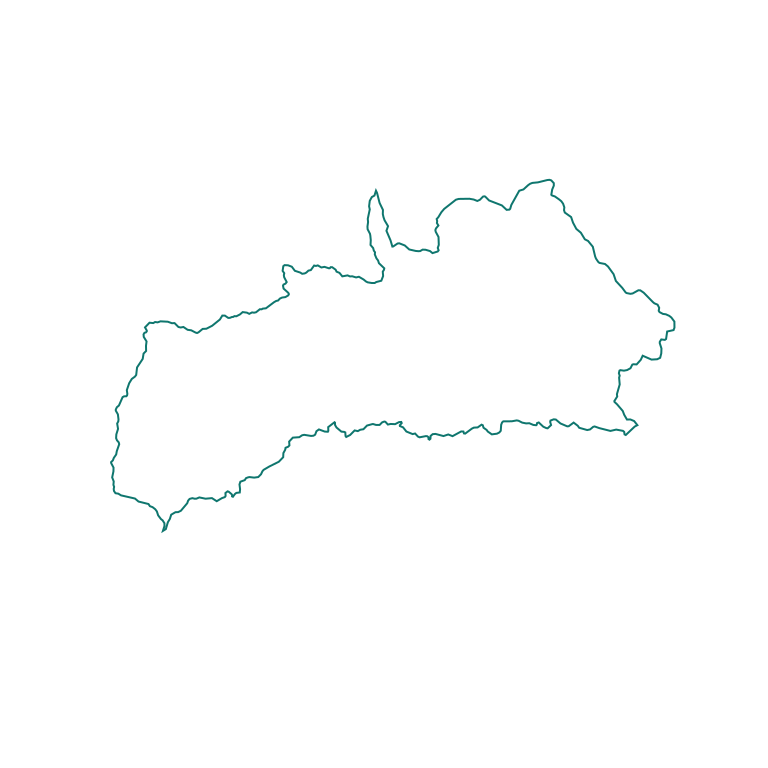 outline of Acobamba, Huancavelica, Peru, rotated 133°
{"feature_id": "86281439B92156205332271", "entity_name": "Acobamba", "entity_type": "district", "adm_level": 2, "iso_a3": "PER", "parent_name": "Peru", "parent_adm1": "Huancavelica", "projection": "albers", "projection_center": [-74.569, -12.778], "detail": "fine", "context": "isolated", "style": "outline", "palette": "teal", "viewbox_px": 768, "rotation_deg": 133, "n_neighbors": 0, "source": "geoboundaries", "source_scale": "gbopen_adm2", "svg_char_len": 6166}
<svg xmlns="http://www.w3.org/2000/svg" viewBox="0 0 768 768"><g transform="rotate(133 384 384)"><path d="M642.2,445.5L638.9,444.6L632.5,447.8L628.7,448.6L624.7,450.5L620.0,449.1L618.1,447.2L615.2,446.1L605.4,446.6L602.9,447.7L600.6,447.8L598.2,446.3L597.0,444.2L595.8,443.0L592.9,441.7L589.6,436.3L584.8,432.0L583.8,426.4L578.0,424.7L575.3,423.3L573.9,423.5L571.9,425.6L569.2,425.2L568.7,424.2L568.5,420.4L568.8,419.3L569.8,418.5L569.5,417.6L566.0,418.0L564.3,417.7L561.7,415.5L559.1,417.5L556.0,421.2L553.4,422.4L549.3,420.3L546.9,420.7L544.9,419.7L543.8,418.9L541.0,415.1L537.8,412.5L533.8,412.4L530.8,413.4L528.9,413.5L522.5,411.6L512.6,407.9L506.3,407.8L503.1,410.5L499.5,411.4L497.8,412.5L495.2,411.3L493.4,411.3L490.8,414.1L485.4,414.1L480.7,409.7L477.3,408.9L475.6,407.7L471.7,401.9L469.9,400.3L468.0,399.8L464.6,401.2L461.6,400.6L459.2,394.9L457.2,392.5L456.2,392.8L453.6,395.4L445.7,394.1L445.7,393.5L447.4,391.8L448.2,389.1L447.9,382.7L446.2,380.5L445.8,379.3L448.3,376.6L448.5,375.5L444.4,374.0L438.0,373.8L436.3,371.0L433.7,370.2L431.1,368.2L426.0,368.1L421.8,365.5L420.8,364.8L419.3,361.8L416.9,359.3L413.3,359.2L411.3,358.2L410.7,357.2L411.0,353.5L408.7,351.9L405.8,348.5L401.6,347.0L400.0,345.5L400.5,344.4L403.4,344.3L403.9,343.7L402.7,340.5L403.5,335.2L401.1,328.9L399.0,327.5L399.3,323.3L398.7,321.6L393.5,317.8L392.7,316.7L392.6,315.2L393.9,313.9L393.7,312.8L392.4,312.7L390.2,314.5L387.5,314.2L385.4,312.3L381.5,305.0L377.1,302.6L375.4,298.3L366.1,295.2L364.6,293.5L365.6,291.8L364.9,290.8L356.7,289.3L354.6,288.5L351.9,285.9L347.2,284.9L346.8,283.6L348.1,281.4L347.6,277.6L348.0,275.7L347.3,270.8L343.3,267.5L340.8,266.6L338.6,266.7L333.9,270.5L331.6,271.4L330.0,271.3L324.1,265.1L320.1,262.1L319.1,260.5L318.0,256.6L315.9,253.2L313.6,251.0L312.1,246.9L310.4,244.6L309.7,244.5L308.2,245.4L306.6,244.6L306.6,238.4L305.6,235.3L304.8,234.1L300.1,233.8L298.4,236.6L297.2,237.3L294.1,235.8L292.8,234.1L292.5,228.0L290.0,221.1L288.9,220.1L282.9,219.0L282.4,213.8L282.9,211.4L279.1,204.0L276.7,202.3L272.7,201.8L271.4,201.0L269.4,196.4L263.9,186.4L259.0,183.1L255.3,177.3L255.2,175.7L256.8,173.7L256.4,172.4L244.1,171.6L241.3,170.6L240.5,175.8L241.9,179.6L244.3,182.1L242.7,187.3L240.9,191.0L239.9,199.7L239.9,203.2L239.4,203.9L234.1,204.9L232.6,206.7L223.6,211.3L219.0,216.4L217.2,217.3L215.9,219.6L213.6,220.9L212.7,220.6L210.6,217.6L208.0,215.7L204.4,214.5L200.5,215.6L199.5,215.1L197.4,212.6L191.2,212.7L186.9,214.1L183.7,205.0L179.6,201.1L176.5,199.9L172.5,202.1L168.8,205.3L166.0,210.3L165.0,211.1L162.3,211.6L160.2,208.7L158.7,208.4L152.5,212.7L147.1,209.0L144.7,210.0L140.3,214.2L139.4,219.2L139.6,221.8L140.8,225.4L142.5,227.8L143.5,231.5L143.1,233.0L140.6,234.7L139.4,238.0L140.6,241.3L140.7,243.2L140.1,256.3L140.7,260.4L142.0,261.9L148.2,263.9L150.0,265.3L152.1,268.7L152.2,269.9L151.2,275.3L150.5,284.7L147.1,291.0L145.3,300.3L145.5,304.2L148.5,309.0L148.6,310.6L147.7,314.5L146.7,316.6L141.2,324.9L140.2,332.3L141.2,335.8L139.1,343.2L139.4,349.1L137.1,355.8L134.3,361.0L135.3,368.7L134.1,370.9L131.8,372.6L130.0,376.0L129.4,379.0L129.6,382.0L130.3,387.0L131.5,389.6L131.5,390.7L127.1,393.6L123.1,395.1L121.3,396.8L121.0,400.5L121.8,402.2L123.5,403.7L131.5,408.9L135.7,412.6L137.9,413.7L140.3,414.2L146.6,414.7L150.4,416.9L166.2,413.0L169.8,411.2L170.9,411.2L173.0,413.1L173.0,419.6L178.1,432.3L177.9,437.8L178.3,438.6L179.4,439.4L183.9,439.5L186.5,440.6L187.9,444.2L190.3,447.9L197.7,455.6L200.2,457.1L214.9,459.4L219.3,459.2L225.1,458.0L227.4,458.0L228.6,456.2L230.2,455.1L231.0,452.3L234.8,452.1L236.4,451.4L237.4,450.0L239.3,444.4L244.9,438.8L247.8,437.5L249.0,435.2L250.5,435.1L255.2,437.8L255.4,441.0L257.5,445.2L259.4,447.4L262.1,448.2L263.4,449.4L265.1,451.6L268.4,457.3L268.5,463.3L270.7,468.8L272.0,469.9L277.2,471.1L277.8,471.6L274.5,477.2L270.3,486.7L265.8,488.7L263.9,495.2L262.3,498.2L260.5,500.8L257.4,503.5L254.6,510.7L249.0,519.4L248.1,521.7L252.7,519.5L255.6,520.4L259.8,519.3L264.2,516.1L266.0,513.5L274.3,508.5L276.4,506.1L280.1,503.5L282.0,501.5L283.7,496.7L284.8,495.2L287.8,491.8L291.5,488.7L292.0,484.6L293.4,482.4L293.8,480.4L295.5,479.1L297.3,475.1L297.7,472.6L299.1,470.1L299.2,462.7L300.5,461.9L302.7,461.5L305.6,458.3L310.3,456.4L314.7,459.2L316.5,459.7L318.6,462.0L320.8,465.3L321.3,467.0L321.5,470.2L322.7,475.5L325.1,477.1L326.9,480.7L328.5,482.2L329.4,484.7L333.7,487.9L333.1,492.4L334.2,495.3L333.4,497.3L333.9,501.5L335.0,502.7L336.2,502.6L336.9,503.1L338.9,507.4L341.5,509.3L342.4,513.3L344.1,514.3L345.0,515.9L350.6,515.2L352.6,516.6L355.5,516.8L357.2,517.4L359.2,519.0L359.6,521.2L362.0,526.4L361.1,531.4L362.6,535.1L364.9,537.8L366.5,538.0L370.4,535.3L371.0,532.5L372.7,531.5L374.0,529.8L375.8,524.7L377.8,524.5L379.8,525.3L381.0,524.9L382.7,522.5L382.6,516.5L382.8,515.4L383.4,514.7L384.7,514.5L387.7,515.4L390.3,517.5L392.5,518.4L395.2,518.4L396.8,519.5L399.1,520.2L409.2,522.0L411.6,524.1L412.8,524.4L414.0,525.8L418.8,526.5L420.5,527.7L421.6,529.3L424.6,530.4L425.3,532.9L427.8,536.4L431.4,536.8L435.2,538.2L436.4,539.7L437.7,540.0L438.7,540.9L440.7,541.8L441.9,543.0L442.5,547.0L444.2,548.9L448.8,548.0L458.6,549.4L464.7,551.6L467.4,554.2L472.7,554.9L474.2,555.5L474.9,556.9L476.2,561.6L478.3,564.6L479.1,569.6L481.3,571.2L482.5,573.2L482.3,578.7L484.2,580.6L485.9,584.6L490.6,590.2L493.3,591.6L494.8,593.7L496.8,594.3L499.1,597.3L505.6,597.4L506.7,593.9L507.3,593.4L508.6,593.3L509.9,594.1L511.7,593.7L513.4,591.8L514.8,586.7L518.4,584.1L522.1,580.5L525.7,580.6L530.2,577.6L540.3,575.9L546.4,571.4L548.5,571.2L552.3,571.9L557.2,570.9L563.9,567.9L566.2,565.0L567.6,564.1L568.7,564.1L570.3,565.7L571.9,566.2L580.5,563.2L583.2,563.5L585.5,562.8L586.4,562.0L587.7,557.9L591.0,554.0L592.6,552.8L594.9,552.2L598.2,547.9L603.4,545.4L606.3,543.0L607.3,540.9L607.6,538.2L608.6,536.6L615.4,533.6L618.2,531.8L622.3,531.2L624.8,530.2L627.3,530.3L628.0,529.4L629.6,524.8L632.4,522.3L637.7,519.1L639.6,515.2L642.3,513.1L643.3,511.2L645.1,510.1L646.4,508.5L647.0,505.9L645.4,503.5L644.8,500.4L637.6,488.0L637.4,483.4L632.4,474.4L633.0,471.9L631.9,469.3L631.6,465.9L632.1,463.2L634.1,459.6L634.9,455.0L634.7,452.9L635.6,449.6L637.6,447.7L642.2,445.5Z" fill="none" stroke="#0f766e" stroke-width="2"/></g></svg>